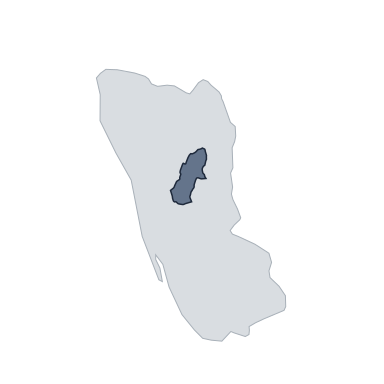 location of Cuscatlán within El Salvador, rotated 53°
{"feature_id": "SLV-1345", "entity_name": "Cuscatlán", "entity_type": "Department", "adm_level": 1, "iso_a3": "SLV", "parent_name": "El Salvador", "parent_adm1": "", "projection": "orthographic", "projection_center": [-89.024, 13.859], "detail": "fine", "context": "in_parent", "style": "filled", "palette": "slate", "viewbox_px": 384, "rotation_deg": 53, "n_neighbors": 0, "source": "natural_earth", "source_scale": "10m", "svg_char_len": 2667}
<svg xmlns="http://www.w3.org/2000/svg" viewBox="0 0 384 384"><g transform="rotate(53 192 192)"><path d="M135.4,112.2L138.6,112.8L159.5,119.4L165.7,118.1L173.6,123.4L177.4,127.6L180.8,133.3L197.3,144.8L200.1,149.8L212.5,156.6L217.4,161.8L222.7,163.9L233.0,165.9L241.9,168.6L242.9,170.5L243.8,178.2L245.7,184.7L249.9,185.1L255.0,182.0L271.5,173.2L287.2,167.4L296.1,170.8L301.3,178.0L307.3,181.2L319.7,179.2L331.0,179.8L339.9,186.1L341.9,189.7L336.6,210.8L334.7,219.8L333.8,227.4L337.0,229.4L340.1,232.3L339.5,236.4L329.8,243.2L326.8,244.9L329.1,257.9L321.9,265.8L315.3,271.5L303.6,273.1L283.9,273.8L254.1,267.5L232.2,258.8L220.3,258.8L224.1,261.6L233.4,263.4L245.7,269.6L242.2,271.3L197.5,258.5L145.9,233.4L115.1,229.3L79.8,222.6L59.0,206.7L43.4,199.7L42.1,193.7L42.2,187.0L49.4,178.1L62.6,166.1L71.4,159.9L75.5,158.7L81.3,159.3L86.9,155.9L91.7,147.6L96.7,142.2L109.4,136.9L112.3,134.7L111.3,130.1L108.6,121.0L109.0,115.5L113.2,112.9L118.1,112.5L128.4,110.2L132.8,110.7L135.4,112.2Z" fill="#d9dde1" stroke="#a8b0b8" stroke-width="1"/><path d="M189.6,172.7L187.8,175.6L187.6,175.9L187.2,176.5L186.8,176.9L186.3,177.3L184.7,178.3L184.4,178.5L184.2,178.7L184.0,179.0L183.9,179.3L183.8,179.7L183.7,180.0L184.1,180.9L184.7,182.0L187.1,185.4L187.9,186.3L188.9,187.0L189.5,187.6L190.0,188.7L190.1,189.2L190.2,189.8L190.8,190.9L191.0,191.4L191.2,192.2L191.5,192.8L192.0,193.5L193.2,194.8L194.0,196.0L194.1,196.3L195.2,197.0L199.6,198.2L197.3,204.3L196.9,206.1L196.6,206.7L196.3,207.1L193.8,209.5L193.0,210.1L192.3,210.3L190.7,210.5L190.4,210.6L190.1,210.8L189.9,211.0L189.6,211.6L189.4,211.9L189.1,212.0L188.9,212.1L188.3,212.2L187.9,212.2L185.5,211.4L183.4,210.2L177.8,208.2L177.7,204.3L177.5,203.7L177.2,203.0L176.6,202.2L174.4,198.1L174.3,197.4L174.5,194.7L174.4,194.1L174.1,193.7L173.8,193.6L173.3,193.3L172.8,192.8L171.2,190.4L171.0,190.2L170.7,190.1L170.3,190.0L169.5,190.0L168.6,189.3L167.5,188.0L164.1,182.7L163.8,181.7L164.0,181.5L164.9,181.1L165.2,180.9L165.5,180.6L165.7,180.1L165.6,179.8L164.8,178.8L162.2,174.6L161.0,172.1L160.8,171.1L160.6,170.0L160.7,169.8L160.9,169.6L161.1,169.4L161.4,169.2L161.7,168.7L161.8,168.4L161.9,168.0L162.0,167.3L162.2,166.6L162.2,166.1L162.2,165.9L162.3,165.7L162.2,164.4L161.8,162.3L161.7,161.7L161.9,161.3L162.5,160.1L163.0,158.6L163.1,157.3L165.3,156.1L165.7,156.2L166.1,156.2L167.7,157.0L170.9,158.2L171.6,158.5L172.5,159.3L174.6,160.8L174.8,161.1L175.3,162.1L178.1,165.4L178.3,165.7L178.4,165.9L178.4,166.0L178.3,166.5L178.3,166.9L178.3,167.2L178.4,167.5L178.6,168.1L178.9,168.8L179.6,169.8L180.2,170.3L180.6,170.6L183.3,171.9L185.6,171.7L187.5,172.5L189.6,172.7Z" fill="#64748b" stroke="#1e293b" stroke-width="1.5"/></g></svg>